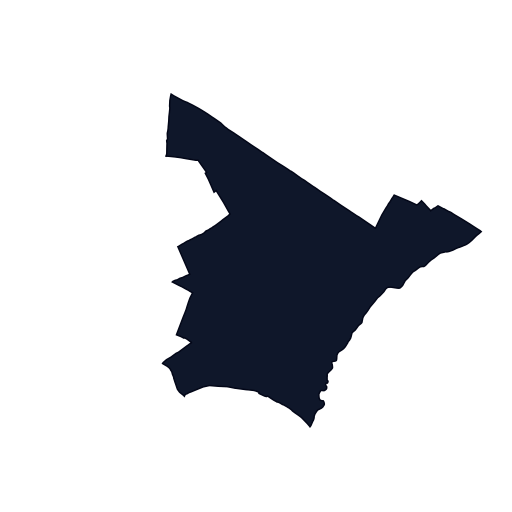 Phasi Charoen, Bangkok Metropolis, Thailand (orthographic projection), rotated 127°
{"feature_id": "78962969B24631471480950", "entity_name": "Phasi Charoen", "entity_type": "district", "adm_level": 2, "iso_a3": "THA", "parent_name": "Thailand", "parent_adm1": "Bangkok Metropolis", "projection": "orthographic", "projection_center": [100.442, 13.718], "detail": "fine", "context": "isolated", "style": "filled", "palette": "ink", "viewbox_px": 512, "rotation_deg": 127, "n_neighbors": 0, "source": "geoboundaries", "source_scale": "gbopen_adm2", "svg_char_len": 6107}
<svg xmlns="http://www.w3.org/2000/svg" viewBox="0 0 512 512"><g transform="rotate(127 256 256)"><path d="M230.5,387.9L230.4,387.7L230.1,387.6L229.9,387.3L228.8,385.6L225.7,380.5L222.7,375.2L222.3,374.4L221.5,372.8L220.3,370.4L215.7,361.6L215.1,360.8L214.5,360.1L214.4,359.8L214.4,359.4L214.7,358.9L218.9,345.8L220.4,346.3L223.3,340.3L225.6,336.2L226.6,334.4L227.3,333.2L230.3,327.9L227.7,327.2L232.7,314.3L236.7,305.2L237.9,302.3L237.9,302.1L238.2,301.9L239.4,302.3L240.6,302.4L247.2,304.4L248.7,304.7L254.3,306.3L256.6,307.0L258.5,307.8L260.1,308.2L261.7,309.0L263.7,309.6L265.8,310.8L266.5,311.1L266.9,311.1L268.7,311.3L270.9,312.1L272.7,313.2L273.7,314.1L276.1,315.2L276.6,315.2L277.7,316.0L279.7,316.8L281.2,317.5L282.6,318.3L282.9,318.4L284.1,318.9L284.9,319.4L285.2,319.7L287.1,320.5L289.6,321.4L289.9,321.5L290.0,321.6L290.9,322.1L295.1,323.7L295.6,324.0L310.4,297.9L312.6,299.1L313.6,299.8L317.4,301.7L319.5,303.3L320.6,303.8L321.3,304.0L321.8,304.3L322.6,304.7L324.0,305.9L326.3,307.1L327.1,307.2L326.9,306.1L325.8,299.7L325.1,296.5L324.6,292.5L324.0,289.1L324.0,288.0L323.7,285.6L323.5,284.5L329.4,283.4L331.7,282.7L333.9,282.0L338.2,280.5L340.6,279.6L344.4,278.5L348.5,277.4L357.5,274.8L366.8,272.1L365.7,268.1L365.5,267.5L365.5,267.3L365.0,264.2L364.9,264.1L364.6,264.2L364.4,264.2L364.1,262.6L363.9,260.9L363.9,257.4L363.8,255.6L364.1,255.4L369.2,257.0L378.8,259.8L379.7,260.1L381.7,261.2L382.6,261.5L383.1,261.6L384.3,262.0L387.8,263.0L392.7,265.1L397.0,266.0L398.1,265.9L397.8,263.3L397.8,263.2L397.5,260.8L397.5,259.5L397.5,258.4L397.9,256.6L398.0,256.2L398.4,255.6L398.8,254.4L399.1,253.7L399.4,253.2L400.7,251.6L402.2,249.0L403.1,248.1L405.8,244.3L406.1,243.8L409.6,238.7L409.8,238.2L410.7,235.2L410.8,234.1L410.9,230.4L411.1,228.8L410.1,229.1L409.6,229.1L408.8,229.0L408.1,228.6L407.2,228.0L406.6,227.8L406.3,227.7L405.2,227.2L403.6,226.1L400.0,224.0L392.3,219.4L388.0,215.7L387.3,215.0L382.7,207.7L379.0,202.3L378.2,201.2L377.5,200.0L376.1,197.2L374.0,192.8L373.7,192.4L368.7,183.5L367.4,181.5L364.6,176.7L363.8,174.6L363.0,171.5L363.8,171.2L363.9,170.9L363.9,170.6L362.7,164.9L362.2,163.6L361.9,163.0L361.7,162.8L361.1,162.8L360.9,162.5L360.8,161.6L360.8,161.4L360.6,157.3L360.5,155.8L360.4,154.6L360.0,152.2L360.0,151.4L359.5,150.6L359.2,149.7L358.9,148.0L358.7,145.6L358.2,144.1L358.1,143.2L357.7,140.2L357.7,139.3L357.5,138.3L357.5,135.1L357.8,133.6L357.8,130.7L357.6,126.0L357.6,123.1L357.7,122.0L358.9,114.3L359.7,110.7L359.9,110.1L358.4,110.1L353.9,111.2L352.8,111.3L351.2,111.8L350.2,112.3L348.8,113.2L347.4,113.6L346.9,113.8L343.6,114.1L341.7,114.0L340.4,113.3L338.4,112.3L336.6,111.8L333.7,112.0L333.0,112.4L332.1,113.4L331.4,114.5L331.2,115.2L331.6,115.7L332.3,117.1L332.4,117.6L332.4,118.3L331.9,119.5L331.0,120.6L329.4,122.0L328.6,122.6L328.0,122.8L326.5,123.1L324.9,123.3L324.5,123.2L324.1,122.9L322.8,120.9L322.3,120.4L321.8,120.2L320.3,119.8L319.9,119.8L319.3,119.9L318.9,120.1L317.9,120.8L317.3,122.5L317.0,122.9L316.4,123.2L315.5,123.5L315.3,123.5L315.1,123.4L314.8,122.7L314.4,122.5L313.8,122.6L313.2,122.8L312.6,123.2L312.5,123.6L312.4,124.3L312.2,124.6L310.0,126.3L309.6,126.5L308.7,127.1L307.6,128.0L307.3,128.1L307.0,128.2L305.2,128.1L303.3,127.8L301.5,127.5L299.8,127.5L299.3,127.6L298.7,128.0L296.9,129.7L295.8,131.3L295.3,131.5L295.0,131.6L293.8,131.1L293.3,130.5L292.2,129.5L291.2,129.0L290.7,129.1L289.7,129.6L287.6,131.0L286.5,131.7L285.7,131.9L284.4,132.2L283.2,132.2L282.5,132.1L279.4,130.9L277.3,130.3L274.8,130.1L270.2,130.5L269.8,130.7L268.3,130.8L267.0,130.7L264.6,131.0L262.8,131.7L259.8,133.0L259.4,133.0L258.9,133.0L256.7,132.5L255.9,132.3L255.2,132.2L249.8,132.3L246.7,131.5L245.7,131.4L245.4,131.4L241.3,133.4L240.2,133.7L238.0,134.0L235.1,133.8L231.7,133.9L228.1,134.2L226.0,134.1L224.4,134.0L220.6,133.8L216.2,133.8L213.5,133.1L211.2,132.8L207.5,132.4L204.3,132.6L202.7,132.3L201.9,131.9L201.4,131.6L199.9,129.8L199.5,129.2L198.8,127.9L196.7,124.0L195.8,122.6L195.1,121.9L194.7,121.7L193.2,121.4L191.7,121.2L191.0,121.2L189.3,121.5L185.8,122.0L182.7,121.5L181.5,121.4L178.2,121.4L174.8,121.2L173.6,120.9L172.2,120.3L170.7,119.8L168.0,119.1L166.2,118.5L165.5,118.0L164.4,117.0L163.8,116.1L163.3,115.6L162.0,115.1L161.0,114.9L157.2,114.5L153.5,113.7L151.8,113.1L150.4,112.6L144.8,111.3L142.6,110.5L139.8,108.1L138.0,106.7L138.0,106.2L136.4,104.7L132.8,102.3L129.3,100.6L127.5,99.5L126.3,98.6L124.5,97.5L124.0,97.2L122.4,96.3L121.2,95.5L119.5,94.7L117.1,93.9L113.6,93.1L108.3,92.4L106.2,92.0L104.0,91.4L101.0,90.8L100.9,92.2L101.0,93.6L101.2,95.6L101.6,101.1L101.8,104.4L102.7,114.2L102.9,115.9L103.6,122.1L103.8,124.6L103.8,125.8L104.0,127.2L104.5,129.0L104.6,129.6L105.2,134.4L105.5,134.8L106.4,140.8L106.5,140.9L108.2,141.4L109.7,141.9L111.0,142.7L114.8,143.7L114.7,144.0L114.5,144.4L113.5,150.4L113.0,152.5L112.3,157.1L113.6,157.2L116.8,157.7L118.5,158.3L120.1,166.1L124.2,182.3L127.3,182.0L127.8,182.1L131.9,181.6L134.5,181.6L136.8,181.2L139.2,181.1L146.3,180.3L147.3,180.2L152.4,179.2L161.9,177.3L162.1,177.8L162.1,179.7L162.2,181.5L162.2,182.1L162.5,188.0L162.7,192.5L162.9,197.0L163.3,200.2L163.4,202.7L163.7,207.2L163.7,208.2L164.4,218.9L164.7,227.1L164.9,227.4L164.9,231.4L165.3,238.6L165.7,243.7L165.9,250.5L166.1,252.0L166.2,255.2L166.2,255.5L166.4,259.8L166.4,262.6L166.8,265.8L166.9,267.8L166.9,269.0L166.9,270.0L167.0,270.6L167.0,275.4L167.2,278.9L167.5,279.9L167.5,281.6L167.8,286.3L168.1,290.0L168.3,291.9L168.6,295.2L169.2,308.5L169.3,312.9L169.5,313.6L169.6,317.9L170.0,323.8L170.2,327.2L170.4,332.4L171.1,346.8L171.1,347.4L171.7,354.7L171.6,356.9L171.7,358.7L171.3,362.1L171.0,364.2L171.3,372.1L171.5,374.9L171.7,380.2L172.3,387.1L172.7,390.8L173.6,396.9L173.8,398.1L174.5,401.7L174.7,403.2L175.5,405.8L175.6,406.4L175.8,407.0L176.1,408.5L176.5,411.2L177.2,415.9L177.5,417.8L177.8,421.2L179.5,420.5L183.6,418.4L188.3,415.2L189.5,414.0L190.2,413.5L193.3,411.6L196.9,409.5L200.7,406.9L205.4,404.0L206.9,403.0L209.2,401.7L210.8,401.0L211.7,400.5L215.6,397.2L215.9,397.0L217.5,396.8L217.7,396.7L219.7,394.8L221.0,393.9L227.9,388.9L229.5,388.2L230.0,388.2L230.5,387.9Z" fill="#0f172a" stroke="#020617" stroke-width="1.5"/></g></svg>